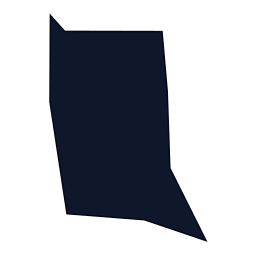 SVG path tracing the border of Umm Salal
{"feature_id": "QAT-1107", "entity_name": "Umm Salal", "entity_type": "Municipality", "adm_level": 1, "iso_a3": "QAT", "parent_name": "Qatar", "parent_adm1": "", "projection": "albers", "projection_center": [51.351, 25.463], "detail": "fine", "context": "isolated", "style": "filled", "palette": "ink", "viewbox_px": 256, "rotation_deg": 0, "n_neighbors": 0, "source": "natural_earth", "source_scale": "10m", "svg_char_len": 242}
<svg xmlns="http://www.w3.org/2000/svg" viewBox="0 0 256 256"><path d="M50.4,15.4L64.7,31.4L162.0,31.6L167.2,91.3L169.8,168.2L206.0,240.6L144.3,219.7L67.0,213.7L50.0,101.9L50.4,15.4Z" fill="#0f172a" stroke="#020617" stroke-width="1.5"/></svg>